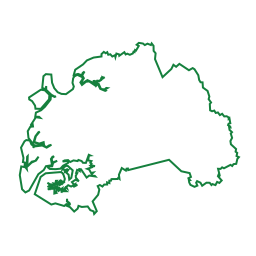 outline of Río de Jesús, Veraguas, Panama, rotated 88°
{"feature_id": "35544464B55951329462625", "entity_name": "Río de Jesús", "entity_type": "district", "adm_level": 2, "iso_a3": "PAN", "parent_name": "Panama", "parent_adm1": "Veraguas", "projection": "orthographic", "projection_center": [-81.142, 7.96], "detail": "fine", "context": "isolated", "style": "outline", "palette": "green", "viewbox_px": 256, "rotation_deg": 88, "n_neighbors": 0, "source": "geoboundaries", "source_scale": "gbopen_adm2", "svg_char_len": 5919}
<svg xmlns="http://www.w3.org/2000/svg" viewBox="0 0 256 256"><g transform="rotate(88 128 128)"><path d="M85.0,51.9L84.8,53.9L82.5,55.2L77.7,55.9L71.6,59.5L70.4,61.3L72.4,65.1L65.7,74.4L68.5,77.8L66.4,80.4L70.5,82.6L78.4,91.7L60.1,98.6L54.3,97.8L51.8,99.7L46.8,99.6L44.3,101.4L45.9,102.2L44.4,105.6L45.7,108.3L44.1,110.1L43.3,114.2L45.1,116.4L46.4,114.4L50.9,117.3L50.3,118.2L52.4,118.8L51.9,119.8L53.7,120.6L54.9,123.6L53.7,126.2L54.4,127.8L52.1,129.0L55.5,134.2L54.1,134.4L53.2,137.0L56.7,138.1L54.8,138.5L56.0,141.2L53.7,143.1L54.1,145.2L51.5,146.1L52.5,147.7L51.1,149.5L53.2,151.9L55.6,152.0L56.4,159.9L59.0,166.7L62.9,170.7L67.9,178.7L73.2,180.4L72.2,176.0L73.7,172.4L71.3,171.3L70.1,169.5L73.8,171.9L76.7,170.4L81.0,173.2L82.1,172.6L78.7,166.9L81.7,161.0L79.8,160.6L79.8,159.6L80.7,158.2L79.6,157.2L79.9,155.3L78.7,153.2L77.3,153.1L76.3,152.1L76.3,151.6L77.3,151.3L76.4,149.5L77.7,151.5L76.6,152.2L79.0,153.0L80.3,155.2L79.9,156.9L81.1,158.0L80.4,160.1L84.3,158.7L82.3,157.6L82.6,155.9L88.1,153.6L88.6,150.0L87.2,148.3L87.4,147.2L88.8,149.9L89.8,148.8L90.1,149.5L87.9,154.4L82.7,156.8L84.9,158.6L80.1,165.2L80.3,168.3L83.4,172.5L80.8,174.0L77.6,171.7L75.7,171.7L73.1,176.9L74.6,179.9L76.5,181.1L81.0,181.9L84.7,180.7L87.2,181.7L92.0,188.8L91.6,193.3L89.8,197.0L85.6,200.3L80.1,202.3L71.9,202.8L71.3,208.2L73.3,210.7L84.9,212.3L86.4,208.9L83.2,208.3L87.0,208.4L92.1,203.4L94.1,200.0L93.8,198.8L94.4,200.3L92.6,203.8L96.9,204.4L103.9,210.3L107.2,214.2L109.4,219.5L113.5,220.3L113.7,216.5L114.8,215.4L114.0,219.7L121.5,224.9L122.4,224.7L121.3,223.1L123.2,222.9L123.4,225.6L127.7,228.3L134.5,227.8L141.9,222.5L142.5,219.1L141.4,212.7L139.6,213.4L140.8,217.6L139.3,221.8L138.5,222.7L133.1,220.9L129.1,217.7L128.5,216.4L133.0,220.4L138.7,222.2L140.5,217.2L139.2,212.8L142.9,212.4L144.3,210.1L142.7,207.6L142.1,205.1L144.8,210.0L142.5,214.3L143.2,222.4L144.5,223.4L142.9,222.9L141.0,225.1L137.1,226.5L136.5,230.1L137.7,231.9L143.9,235.6L154.3,233.5L158.4,234.2L159.0,232.1L162.5,232.8L162.5,230.6L153.2,229.8L152.6,229.2L162.8,229.9L158.3,225.3L157.6,221.8L153.5,218.4L157.3,221.0L159.2,225.6L163.8,230.8L165.5,230.6L163.7,231.9L162.7,236.0L171.3,237.8L185.5,236.0L188.8,232.8L187.0,229.0L171.0,219.2L167.1,213.7L163.3,211.3L162.5,205.2L156.3,206.1L154.1,204.5L153.7,202.9L155.9,205.4L159.9,204.6L158.3,199.9L160.2,204.0L163.6,205.1L163.8,209.0L164.7,209.3L166.2,207.6L166.6,201.7L166.3,197.0L163.4,194.2L161.0,189.3L159.5,188.8L158.9,189.7L159.2,194.5L158.2,192.5L158.0,189.0L160.0,187.0L158.5,183.6L159.3,179.5L158.2,178.7L159.4,175.5L161.2,174.2L161.4,171.3L153.4,168.1L154.1,166.7L154.2,168.0L159.0,169.0L159.8,165.7L161.4,166.9L162.3,165.7L163.8,166.5L165.0,162.3L164.7,166.6L166.0,165.5L167.4,170.1L168.2,168.2L171.6,166.5L171.3,164.2L172.9,165.9L174.4,165.6L174.7,162.8L175.3,162.3L174.2,168.4L176.1,171.1L167.6,176.4L167.2,179.0L167.8,177.7L168.7,177.7L167.5,179.1L169.1,178.3L168.1,180.3L171.1,181.4L171.3,180.3L174.0,181.9L175.8,181.8L179.5,179.0L177.9,182.3L180.1,185.9L182.8,184.0L182.0,182.5L183.1,182.6L183.1,180.6L184.7,184.0L183.6,185.0L184.5,186.9L183.1,189.8L184.7,191.7L186.0,191.2L185.0,192.4L185.9,193.1L187.8,193.0L189.0,191.7L188.9,195.8L190.2,196.9L185.9,195.7L188.3,199.4L186.7,199.8L185.2,197.9L186.0,201.1L188.9,201.7L189.3,202.8L190.4,201.8L190.9,203.9L183.9,203.5L186.1,204.7L186.1,207.0L185.3,207.1L187.1,208.8L185.8,208.1L186.7,210.4L185.4,207.8L184.1,207.8L184.8,206.3L183.4,207.4L183.5,206.4L182.3,206.6L184.3,210.5L182.1,207.3L181.2,209.0L179.9,210.4L181.5,207.9L182.2,203.0L180.9,203.9L181.7,200.9L180.1,202.3L178.3,201.9L178.3,200.9L179.9,201.9L181.1,201.1L178.0,197.0L179.7,195.0L179.4,193.8L176.7,192.9L172.8,194.0L170.5,195.2L169.7,197.0L170.4,211.9L173.8,217.0L190.9,223.5L201.8,207.3L200.8,203.2L203.7,194.5L201.9,192.2L202.5,189.3L201.2,189.3L199.3,191.6L196.6,191.4L199.1,191.3L200.8,189.2L202.0,188.7L203.0,189.7L202.3,192.0L203.3,192.6L205.0,188.8L209.6,184.7L206.8,181.1L204.1,180.2L205.3,176.9L205.0,171.0L208.8,168.5L210.1,165.3L212.7,164.8L210.0,162.1L200.1,165.9L193.7,160.2L188.6,158.8L185.0,160.3L184.0,158.1L185.6,155.6L183.7,153.8L183.8,150.8L181.6,150.8L182.4,148.5L180.0,148.5L180.0,146.8L178.5,146.3L178.6,140.3L177.6,139.6L178.6,138.3L174.4,138.7L167.8,135.6L170.5,131.6L168.6,130.9L168.5,129.5L170.1,129.3L161.2,88.1L173.1,76.2L175.2,68.0L179.1,66.8L180.3,69.3L182.2,67.9L182.2,69.0L184.6,68.7L187.0,67.6L189.1,63.6L188.0,60.7L185.1,61.8L183.5,60.8L185.2,57.5L188.3,55.9L185.4,51.5L185.6,48.3L187.9,46.6L187.0,45.6L188.1,42.6L185.0,40.8L186.1,38.6L183.7,36.2L179.3,39.8L178.4,39.4L179.6,38.6L178.7,38.0L171.9,39.4L172.1,36.9L170.6,35.3L171.6,33.5L168.4,26.8L169.6,25.2L167.8,23.8L167.6,21.1L162.7,19.8L161.0,18.2L159.8,20.5L156.7,19.7L155.4,21.3L152.8,20.7L147.9,25.7L144.6,26.1L141.5,24.3L137.1,25.5L135.8,24.2L133.4,26.6L130.8,26.9L131.0,25.6L130.1,25.8L128.6,27.9L127.2,27.3L126.8,25.6L121.7,26.3L122.3,27.1L120.9,27.1L119.7,29.0L119.8,31.4L117.1,33.4L118.3,35.7L115.6,37.6L116.0,39.8L113.6,41.2L114.2,43.4L113.2,45.3L106.8,45.4L105.4,44.1L102.0,46.4L99.4,45.6L93.7,47.2L90.2,51.7L85.0,51.9ZM105.5,219.8L105.8,214.5L96.6,205.9L92.1,205.4L87.4,209.8L86.7,213.8L94.0,225.8L96.0,225.7L97.8,222.9L102.4,220.1L105.5,219.8ZM175.8,186.4L168.4,184.7L163.9,189.4L163.6,191.2L165.8,194.6L166.9,194.9L166.1,194.1L168.3,193.0L167.2,190.5L168.2,190.3L167.9,189.3L170.5,191.2L172.6,189.0L177.5,188.5L175.8,186.4ZM185.5,202.3L183.6,199.8L184.4,202.8L185.5,202.3ZM182.5,197.9L180.7,195.0L180.5,196.4L181.5,196.4L180.7,198.0L181.5,197.0L181.6,198.4L182.5,197.9ZM187.7,194.5L188.8,194.7L188.6,194.0L187.7,194.5ZM181.6,200.2L182.0,199.5L180.9,199.8L181.6,200.2ZM179.3,197.7L180.0,197.7L179.6,197.3L179.3,197.7ZM178.6,197.1L179.2,197.1L179.2,195.8L178.6,197.1ZM182.2,205.8L182.8,205.1L182.7,204.6L182.4,204.8L182.2,205.8ZM168.8,192.2L168.5,191.9L168.4,192.1L168.8,192.2ZM184.1,205.9L184.6,206.0L184.8,205.5L184.1,205.9Z" fill="none" stroke="#15803d" stroke-width="2"/></g></svg>